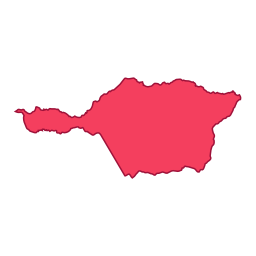 outline of Apure
{"feature_id": "VEN-25", "entity_name": "Apure", "entity_type": "State", "adm_level": 1, "iso_a3": "VEN", "parent_name": "Venezuela", "parent_adm1": "", "projection": "equal_earth", "projection_center": [-69.326, 7.078], "detail": "fine", "context": "isolated", "style": "filled", "palette": "rose", "viewbox_px": 256, "rotation_deg": 0, "n_neighbors": 0, "source": "natural_earth", "source_scale": "10m", "svg_char_len": 5749}
<svg xmlns="http://www.w3.org/2000/svg" viewBox="0 0 256 256"><path d="M18.1,112.4L16.3,111.9L15.4,111.5L17.1,110.4L17.7,109.8L18.2,109.5L18.9,109.4L21.0,109.9L21.6,109.9L23.1,109.4L23.8,109.7L24.2,110.0L24.7,111.0L25.0,111.3L26.5,112.3L27.5,113.1L29.2,113.7L29.6,113.7L30.4,113.6L30.9,113.4L31.3,113.2L32.8,111.8L33.2,111.6L34.1,111.4L34.5,111.1L34.7,110.8L35.3,109.6L36.0,107.4L35.9,107.2L36.4,106.9L37.1,107.0L39.4,108.0L39.7,108.3L40.2,109.3L40.6,109.8L41.1,110.0L42.7,110.3L43.4,110.3L43.8,109.8L43.9,109.2L44.1,109.3L44.6,110.0L45.1,109.9L45.9,109.4L46.3,109.3L46.7,109.4L47.4,109.9L47.8,110.0L48.3,109.9L48.5,109.7L48.8,109.3L49.6,108.7L50.3,108.7L51.7,108.9L54.5,108.9L55.9,109.1L57.2,109.6L57.9,109.2L58.7,110.0L59.5,111.1L60.1,111.7L61.0,111.8L61.4,112.0L61.8,112.6L62.4,112.6L63.3,112.4L64.9,112.9L66.4,113.8L67.9,115.0L69.1,116.5L69.7,116.2L70.4,116.6L71.1,117.2L71.8,117.5L72.5,117.4L74.2,116.6L74.8,116.1L76.1,116.9L77.8,117.4L79.5,117.5L80.9,117.2L81.9,115.5L82.3,115.3L83.3,115.5L83.9,115.2L84.5,114.6L85.4,113.4L85.7,112.7L86.2,112.8L86.4,113.0L86.5,113.1L86.8,112.8L86.9,112.6L87.0,111.5L87.2,110.7L87.8,110.5L88.5,110.5L89.3,110.3L90.6,109.4L91.6,107.8L92.4,106.0L93.2,102.4L93.6,101.7L95.3,101.1L95.6,101.1L96.0,101.2L96.6,101.6L96.9,101.8L97.5,101.6L98.4,101.1L99.3,100.4L99.7,99.5L99.9,98.6L100.4,97.4L101.1,96.4L101.6,95.9L102.1,95.7L103.8,94.2L104.4,94.0L106.2,94.2L106.7,94.0L107.2,93.6L108.8,91.7L109.4,91.3L109.9,91.2L110.4,91.5L110.8,91.1L112.0,90.3L112.5,90.1L113.5,90.0L114.2,89.7L120.0,84.4L124.2,79.0L125.0,78.3L125.9,78.3L127.7,78.8L129.1,78.8L133.5,78.1L134.4,78.4L135.7,79.6L136.4,79.8L136.6,80.1L137.0,81.3L137.2,81.6L138.6,82.2L139.4,82.9L139.6,82.8L139.9,82.4L140.1,82.2L141.5,82.2L142.1,81.9L142.5,81.9L142.9,83.4L143.4,84.3L143.4,84.5L143.4,85.1L143.4,85.3L143.6,85.4L144.2,85.3L145.6,86.3L147.9,86.8L151.4,86.1L151.9,85.8L152.5,85.2L154.3,83.6L155.0,83.4L157.3,83.6L158.1,83.8L159.5,84.8L160.5,85.0L161.4,84.5L162.7,82.9L163.4,82.6L164.1,82.3L164.6,82.3L164.8,82.7L165.8,83.6L166.5,83.6L167.5,83.4L168.2,83.4L168.6,83.8L169.0,84.1L169.8,83.6L170.9,82.6L172.1,82.2L172.6,81.9L173.3,81.0L174.4,80.7L175.7,79.8L176.4,79.5L180.2,79.2L181.1,79.5L181.9,80.2L182.7,80.6L183.6,80.2L185.3,80.8L188.8,81.0L190.7,81.6L191.5,82.0L192.2,82.2L193.1,81.9L193.2,82.0L193.5,82.5L194.5,82.9L195.3,83.8L195.7,84.8L195.3,85.7L195.6,86.1L196.0,86.1L196.8,86.0L197.7,86.6L198.2,86.7L199.5,86.7L200.4,86.3L200.9,86.3L203.0,87.4L203.4,87.9L203.7,89.1L204.3,89.8L205.7,90.5L206.2,91.0L206.6,91.6L207.2,92.0L209.0,92.4L209.7,92.9L210.4,93.3L211.3,93.2L212.7,92.2L213.5,92.0L215.0,93.4L215.8,93.3L216.6,92.8L217.4,92.5L217.7,92.6L218.1,93.1L221.9,93.9L222.6,93.5L222.9,93.6L223.3,94.1L223.5,94.2L224.3,94.1L228.1,92.8L228.9,92.6L229.6,92.9L229.8,92.7L231.4,92.1L232.2,92.2L232.4,92.1L232.5,91.9L232.4,91.3L232.6,91.1L233.1,91.1L233.4,91.3L234.2,92.5L235.0,93.0L235.2,93.3L234.9,93.9L235.7,94.6L236.9,95.2L238.0,95.5L239.3,94.8L239.6,95.1L240.4,96.7L240.6,97.5L240.6,98.4L240.4,99.5L239.9,99.5L238.9,99.9L237.5,101.2L236.8,102.0L236.4,102.9L235.9,104.2L235.4,105.2L234.8,106.8L234.6,107.2L233.6,108.2L233.4,108.6L232.9,110.5L230.6,114.9L229.9,115.7L229.2,116.2L227.7,116.5L227.0,116.8L226.2,117.8L225.9,118.1L225.5,118.3L224.1,118.5L223.2,118.9L221.2,121.0L219.6,121.8L219.2,122.1L218.6,123.0L218.2,123.4L217.4,123.8L215.8,124.0L212.9,127.2L212.3,128.6L212.6,130.7L213.2,132.9L214.3,135.1L214.4,136.2L214.1,137.2L213.7,138.2L213.4,139.3L213.8,139.8L214.1,140.8L214.1,142.8L213.8,144.1L213.2,145.0L212.4,145.7L211.8,146.8L210.9,150.0L210.2,155.5L210.2,156.0L210.3,156.5L210.7,157.5L210.8,158.1L210.6,159.0L210.0,159.8L209.4,160.4L207.7,161.6L207.4,161.9L206.6,162.9L206.2,163.2L205.5,163.5L205.2,163.8L205.0,164.3L204.7,165.7L203.7,168.3L203.2,169.2L202.5,169.7L202.1,169.8L201.3,169.6L200.9,169.6L200.4,169.9L200.1,170.3L199.5,171.4L199.0,172.0L197.5,171.8L196.5,170.8L195.5,169.5L194.4,168.6L188.5,166.8L186.0,166.5L185.3,166.2L185.0,166.2L184.5,166.5L183.8,167.5L183.5,167.9L183.0,168.0L182.5,168.0L182.1,168.1L181.9,168.8L181.9,169.3L181.7,169.8L181.4,170.2L180.7,170.4L179.4,171.0L177.8,171.3L173.1,170.7L171.5,171.0L167.3,173.1L165.9,173.1L163.4,172.2L162.7,172.0L161.9,172.2L159.1,173.2L156.8,173.4L156.4,173.7L155.4,174.8L155.0,175.1L154.1,175.0L152.5,174.0L151.7,173.8L150.9,173.7L148.5,172.7L147.7,172.5L145.4,172.7L144.6,172.5L143.7,172.0L142.9,171.8L142.2,172.0L140.8,171.2L140.0,171.0L139.1,171.0L138.4,171.4L137.4,172.8L136.6,173.4L134.4,176.3L132.3,177.9L131.4,177.0L129.8,174.6L129.1,174.1L128.1,174.3L126.3,175.4L125.4,175.8L124.9,175.8L100.7,134.7L99.5,133.3L98.4,132.9L97.0,133.0L95.7,133.5L93.6,135.0L92.4,135.0L88.6,132.5L88.0,132.2L87.7,131.6L87.1,131.5L86.3,131.6L85.9,131.6L85.3,131.4L84.9,131.1L83.0,127.9L82.8,127.6L82.2,127.7L81.1,128.2L80.5,128.2L78.9,127.7L78.4,127.0L78.2,126.9L77.1,126.9L74.8,127.6L73.2,127.8L71.8,128.4L71.0,128.5L70.7,128.7L70.6,129.2L70.2,129.9L68.6,131.4L66.7,132.3L64.7,132.7L62.1,132.3L61.7,132.6L61.4,133.0L61.0,133.5L60.3,133.8L59.9,133.6L59.7,133.3L59.2,133.0L57.4,132.9L56.9,132.7L56.7,132.2L56.6,130.9L56.3,130.6L55.7,130.5L54.2,130.9L53.5,130.8L52.4,130.4L51.8,130.3L51.2,130.5L50.2,131.1L49.8,131.3L49.0,130.4L48.2,130.2L47.5,130.4L47.5,130.5L46.8,130.5L46.6,130.0L46.4,129.8L46.1,129.9L45.6,130.3L45.3,130.4L45.1,130.4L44.6,130.0L44.4,129.6L44.1,129.3L42.8,129.2L42.4,129.3L42.1,129.7L42.3,130.5L41.2,130.1L40.3,130.2L39.5,130.4L38.4,130.4L38.5,131.3L38.3,131.5L37.9,131.4L37.4,131.4L36.2,132.6L35.6,132.7L34.4,132.6L30.2,131.2L29.8,130.9L28.9,129.9L28.4,129.5L27.4,128.9L27.0,128.6L26.4,127.5L24.3,122.3L23.9,120.8L23.7,119.4L23.6,117.9L23.6,117.5L24.0,115.4L23.9,115.2L23.7,115.0L22.4,112.8L21.2,112.3L18.1,112.4Z" fill="#f43f5e" stroke="#9f1239" stroke-width="1.5"/></svg>